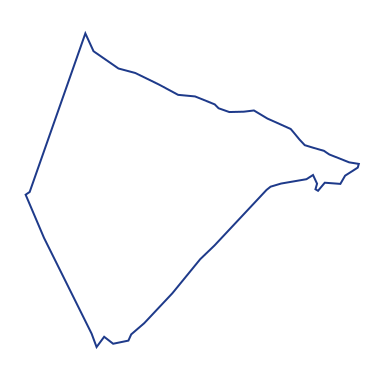 Agat, Guam, rotated 91°
{"feature_id": "77769853B39660846480906", "entity_name": "Agat", "entity_type": "district", "adm_level": 2, "iso_a3": "GUM", "parent_name": "Guam", "parent_adm1": "", "projection": "orthographic", "projection_center": [144.666, 13.365], "detail": "fine", "context": "isolated", "style": "outline", "palette": "blue", "viewbox_px": 384, "rotation_deg": 91, "n_neighbors": 0, "source": "geoboundaries", "source_scale": "gbopen_adm2", "svg_char_len": 749}
<svg xmlns="http://www.w3.org/2000/svg" viewBox="0 0 384 384"><g transform="rotate(91 192 192)"><path d="M161.0,25.7L159.6,35.4L152.1,55.3L149.6,59.2L148.6,60.6L145.8,71.0L143.2,80.1L137.6,85.5L130.0,92.0L127.3,94.4L118.3,115.4L117.3,117.8L109.4,131.5L110.8,141.6L111.4,156.1L107.8,166.9L104.0,170.8L96.4,190.6L95.1,207.6L85.1,227.0L74.0,250.8L69.8,267.7L53.0,292.9L35.3,301.4L194.8,354.3L197.6,358.3L240.4,339.2L335.4,289.9L348.7,284.7L338.3,277.3L345.1,268.2L341.7,253.0L335.4,250.3L324.0,237.5L293.5,209.8L259.0,182.6L245.1,168.6L188.6,117.5L185.3,113.5L182.0,103.1L177.2,77.8L172.9,71.3L181.5,67.1L187.1,68.6L188.6,66.0L186.2,64.1L180.4,59.4L181.3,43.8L173.0,39.2L164.7,26.7L161.0,25.7Z" fill="none" stroke="#1e3a8a" stroke-width="2"/></g></svg>